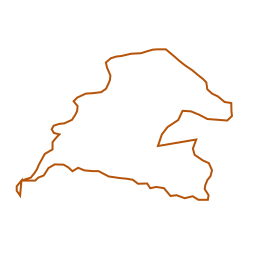 Damolândia, Goiás, Brazil (Robinson projection), rotated 279°
{"feature_id": "56859067B54653544847909", "entity_name": "Damolândia", "entity_type": "district", "adm_level": 2, "iso_a3": "BRA", "parent_name": "Brazil", "parent_adm1": "Goiás", "projection": "robinson", "projection_center": [-49.341, -16.25], "detail": "fine", "context": "isolated", "style": "outline", "palette": "amber", "viewbox_px": 256, "rotation_deg": 279, "n_neighbors": 0, "source": "geoboundaries", "source_scale": "gbopen_adm2", "svg_char_len": 1373}
<svg xmlns="http://www.w3.org/2000/svg" viewBox="0 0 256 256"><g transform="rotate(279 128 128)"><path d="M127.3,197.2L114.9,160.4L126.8,162.4L135.1,166.9L143.8,176.4L153.5,179.2L154.3,187.5L152.2,196.3L149.3,205.0L150.9,224.8L156.1,228.8L161.0,227.5L168.8,226.1L168.8,219.3L173.3,211.8L175.0,205.9L178.6,200.3L185.3,198.2L188.1,194.4L191.2,188.9L195.1,182.4L198.8,174.5L202.1,168.6L205.4,163.4L211.6,153.1L210.4,145.2L209.3,140.3L206.1,133.5L203.9,129.2L201.8,119.3L198.0,110.0L196.8,105.4L194.2,100.1L189.2,95.9L184.3,97.9L177.1,102.4L172.7,102.7L168.6,101.7L163.4,100.2L159.2,95.9L157.0,88.2L155.3,80.8L150.1,73.1L145.9,70.1L141.7,74.8L136.8,75.1L132.7,73.8L127.3,71.4L122.6,64.3L121.3,59.5L118.7,54.3L114.9,52.8L111.5,55.5L111.0,61.3L107.5,58.8L102.3,55.7L95.0,56.8L92.2,53.3L89.3,49.8L84.7,48.2L78.1,45.8L72.9,44.5L68.5,42.5L63.7,39.7L59.4,31.0L61.5,44.5L65.0,47.2L67.9,52.2L76.0,55.7L80.6,61.3L81.7,70.1L79.8,75.1L76.6,79.9L80.9,85.0L79.3,91.4L79.9,100.2L80.8,105.7L77.1,116.5L77.3,128.5L77.7,134.5L77.6,140.9L74.5,146.6L76.2,155.6L72.0,159.4L74.2,165.1L74.2,172.9L67.5,180.6L69.2,186.5L67.5,195.0L70.7,202.5L68.1,208.8L69.6,218.1L74.2,218.1L79.7,213.3L83.7,213.3L88.9,214.5L93.3,217.0L99.4,217.6L106.0,213.3L107.6,207.2L111.9,198.0L117.8,195.3L127.3,197.2ZM59.4,31.0L53.0,27.2L48.6,27.9L44.4,32.0L59.4,31.0Z" fill="none" stroke="#b45309" stroke-width="2"/></g></svg>